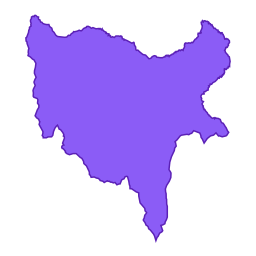 Salamina, Caldas, Colombia (Robinson projection)
{"feature_id": "7082276B24883943395769", "entity_name": "Salamina", "entity_type": "district", "adm_level": 2, "iso_a3": "COL", "parent_name": "Colombia", "parent_adm1": "Caldas", "projection": "robinson", "projection_center": [-75.386, 5.344], "detail": "fine", "context": "isolated", "style": "filled", "palette": "violet", "viewbox_px": 256, "rotation_deg": 0, "n_neighbors": 0, "source": "geoboundaries", "source_scale": "gbopen_adm2", "svg_char_len": 5688}
<svg xmlns="http://www.w3.org/2000/svg" viewBox="0 0 256 256"><path d="M148.9,58.7L145.6,55.1L142.9,54.5L139.0,51.3L138.4,50.5L137.6,50.1L136.7,50.4L136.2,50.1L135.8,49.3L135.6,46.8L134.5,45.2L134.0,42.5L133.7,42.3L131.9,43.2L127.1,40.6L125.1,39.8L124.1,40.2L123.9,39.0L122.3,38.8L122.3,38.0L121.9,37.2L121.9,36.5L120.8,35.9L120.1,36.5L118.9,36.0L115.9,36.0L114.2,37.5L112.6,36.7L111.6,37.2L110.7,37.1L110.3,36.6L110.6,36.0L110.1,35.4L108.4,35.5L109.1,34.6L109.0,33.9L106.1,33.5L105.9,33.2L106.3,32.4L103.7,31.0L103.0,30.0L102.1,30.0L102.1,28.8L101.2,29.5L100.1,28.5L99.2,29.1L98.9,28.5L96.0,28.8L92.9,27.6L91.3,28.3L90.1,27.2L88.1,26.3L86.7,26.5L86.4,27.4L85.2,27.6L84.8,28.1L83.7,28.4L81.6,30.7L80.2,30.7L79.2,30.2L77.4,31.1L74.3,31.8L73.6,31.6L73.0,32.7L71.2,33.8L70.2,35.4L68.4,35.3L66.7,37.1L64.6,37.3L57.5,36.5L55.7,35.1L54.1,32.4L52.5,30.9L51.8,28.2L49.6,26.5L48.9,24.5L46.9,24.6L44.7,24.2L42.9,23.5L41.8,22.2L40.7,22.1L39.8,19.8L38.9,19.6L38.4,18.9L38.5,17.0L37.3,16.8L35.7,15.4L34.5,15.5L34.1,16.6L32.9,16.2L31.5,17.0L31.4,18.5L30.5,20.1L30.5,21.5L31.1,23.4L30.8,24.8L31.1,26.0L29.5,27.3L29.4,29.3L28.8,30.1L28.5,32.5L26.7,37.2L25.9,37.8L26.1,41.1L27.0,42.0L27.1,43.6L28.9,48.5L28.4,50.0L28.2,52.4L28.5,53.7L28.0,55.6L30.3,56.9L32.5,59.1L34.0,59.9L35.9,63.3L35.4,67.3L34.5,70.7L34.4,73.2L36.1,77.4L35.0,79.3L34.0,82.0L34.1,82.7L35.2,85.5L33.4,89.1L33.0,90.7L33.4,92.9L33.2,96.2L33.8,97.2L37.2,98.5L37.9,99.8L37.5,103.1L38.9,105.2L38.8,107.4L37.3,109.9L35.1,115.8L36.6,117.8L38.6,119.2L39.4,121.2L39.8,121.6L39.1,124.5L42.9,131.5L42.9,133.2L42.2,135.6L43.2,136.6L43.2,137.8L46.3,137.8L48.1,136.9L51.6,136.8L52.8,135.3L53.5,131.6L54.9,128.2L56.5,126.0L57.5,125.2L59.2,129.2L60.5,129.6L62.7,132.4L63.8,134.5L63.4,136.1L64.2,136.3L64.4,138.2L62.6,143.2L63.8,145.0L62.9,145.2L61.9,146.2L61.7,147.3L62.2,148.5L63.2,148.7L64.5,150.1L64.7,150.7L65.4,151.1L65.5,152.5L67.0,153.7L69.5,154.7L73.0,153.6L76.2,153.6L80.2,157.4L81.9,158.4L83.5,161.2L83.9,163.6L86.4,165.8L87.2,167.4L89.3,171.9L89.4,174.6L90.3,175.3L91.1,177.3L94.3,177.0L96.3,178.0L98.3,178.4L99.7,179.6L100.1,180.5L103.0,181.3L104.2,182.5L107.3,180.8L107.9,181.3L109.5,181.3L110.3,182.1L111.8,182.2L113.3,182.9L115.1,182.5L116.9,184.8L118.8,184.0L120.1,183.9L121.5,180.3L122.2,179.5L124.0,178.8L125.1,176.7L126.8,176.3L127.5,176.6L128.8,181.2L129.4,184.9L129.9,185.9L130.0,188.7L131.7,188.8L136.2,191.9L138.7,192.8L138.8,196.2L140.1,202.9L144.8,208.4L145.1,210.9L146.6,212.5L146.4,213.2L144.8,215.2L144.1,218.4L143.4,219.4L143.4,220.4L145.0,222.5L146.1,225.2L147.4,225.9L148.1,226.7L148.7,228.8L150.4,230.1L153.6,234.1L154.6,236.2L155.9,240.6L157.1,237.3L158.0,236.5L159.6,233.2L161.9,231.8L162.7,230.7L160.9,225.4L162.8,224.9L164.9,223.7L165.2,221.9L166.4,219.7L167.3,217.1L167.3,206.3L166.7,204.2L166.6,199.2L166.2,198.3L166.1,193.7L165.6,191.8L165.4,188.9L166.6,185.5L169.3,181.2L170.8,177.6L171.0,173.5L170.8,172.5L169.0,169.6L169.8,162.1L171.5,156.6L174.3,150.6L174.7,148.1L176.2,146.1L175.5,142.5L175.0,141.9L175.2,141.5L176.9,140.0L180.2,135.9L181.4,135.2L184.3,134.7L187.0,134.3L188.8,134.7L190.3,133.7L191.7,133.3L193.7,130.7L199.8,133.0L200.8,135.4L201.1,137.4L202.4,139.2L204.1,143.1L207.3,138.5L210.5,135.9L213.6,135.1L216.0,132.9L218.5,136.0L219.2,135.8L222.2,136.8L226.0,135.9L226.8,135.3L228.7,132.3L227.6,131.0L226.0,127.5L225.3,126.7L224.1,124.6L223.1,123.2L222.1,123.0L221.0,121.7L220.3,119.5L218.2,118.4L216.1,118.3L215.9,118.0L215.5,118.2L215.1,117.8L214.9,118.2L214.5,118.0L214.4,118.5L213.8,117.8L212.5,118.3L211.3,117.6L210.1,116.1L209.2,115.8L209.2,115.2L208.8,115.1L207.6,113.7L207.3,112.8L205.6,111.0L205.0,109.8L204.4,109.8L204.4,109.2L203.9,109.1L204.0,108.8L203.3,107.9L203.5,107.4L203.0,106.8L203.3,106.0L202.5,105.1L202.0,103.9L203.4,101.5L202.3,101.2L201.7,100.3L201.4,99.6L201.7,98.4L201.2,97.8L201.3,97.3L200.9,97.0L200.9,96.0L201.8,94.4L203.3,93.7L203.8,94.1L204.2,93.9L203.8,92.7L204.2,91.7L205.5,91.6L206.6,90.5L208.1,90.1L208.3,87.7L209.0,87.2L209.3,86.4L208.8,85.8L209.8,85.5L210.2,84.0L211.6,84.3L212.8,82.7L215.1,81.5L217.2,79.4L217.9,78.0L218.7,77.6L219.0,78.3L219.3,78.3L220.0,76.5L221.1,77.1L221.3,76.3L221.8,76.7L222.1,76.3L222.7,75.3L222.3,75.0L222.5,74.7L223.5,74.7L223.8,74.3L223.7,73.5L224.2,73.4L224.6,72.2L224.3,70.1L224.4,68.8L224.8,68.7L225.4,69.5L226.0,69.2L226.4,69.4L227.1,68.2L228.1,68.0L228.3,66.5L229.6,66.7L229.6,64.0L230.1,61.4L229.3,56.8L228.1,55.9L228.0,55.2L225.6,52.5L225.3,52.0L225.3,51.1L224.6,50.4L225.4,49.2L225.7,47.6L226.2,47.2L226.7,47.6L227.4,47.2L227.8,46.2L228.5,45.2L228.2,44.2L229.5,42.6L229.4,40.8L227.7,38.9L226.9,39.3L226.1,38.5L225.2,39.2L224.7,39.1L224.0,36.2L223.6,35.8L223.1,34.3L222.2,33.9L222.1,32.7L221.2,32.7L220.7,33.4L220.2,32.6L219.2,32.6L219.1,31.7L218.1,31.8L218.1,30.2L216.5,29.8L215.0,28.2L213.9,28.4L213.2,26.9L212.4,26.4L212.4,25.4L211.9,24.7L211.0,25.0L210.4,23.7L208.5,23.7L208.4,23.2L209.0,22.5L208.3,21.8L207.8,21.8L207.3,21.3L205.9,21.4L204.9,20.7L203.9,20.9L203.4,21.9L202.4,20.7L201.7,22.4L201.2,22.4L201.6,24.7L202.3,25.5L202.0,28.3L200.3,32.1L201.1,32.4L201.2,32.8L200.0,33.4L198.2,33.2L197.9,34.2L198.3,36.5L196.8,37.8L196.6,38.5L195.1,39.3L192.7,42.7L191.8,42.3L190.4,43.2L188.8,42.8L187.8,43.2L185.4,43.0L185.2,43.7L184.7,43.8L184.4,45.3L184.6,46.4L184.2,47.8L183.4,48.8L183.1,50.4L181.8,49.7L180.2,50.7L179.8,50.0L178.6,50.3L178.0,51.4L175.9,51.5L175.8,52.5L174.9,52.2L174.6,52.7L174.0,52.9L173.5,53.9L172.1,54.1L171.7,54.8L170.7,55.0L170.4,55.5L169.8,55.5L169.2,56.4L169.0,55.8L168.1,55.2L167.9,55.9L166.7,55.9L166.2,55.3L165.2,56.1L164.9,56.9L164.1,56.9L162.5,57.7L160.2,57.7L156.7,57.2L155.9,56.0L154.2,55.7L152.1,56.7L151.3,57.9L149.9,58.6L148.9,58.7Z" fill="#8b5cf6" stroke="#5b21b6" stroke-width="1.5"/></svg>